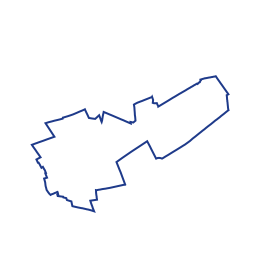 Tezoyuca, México, Mexico, rotated 146°
{"feature_id": "50627088B56189493981612", "entity_name": "Tezoyuca", "entity_type": "district", "adm_level": 2, "iso_a3": "MEX", "parent_name": "Mexico", "parent_adm1": "México", "projection": "albers", "projection_center": [-98.934, 19.594], "detail": "fine", "context": "isolated", "style": "outline", "palette": "blue", "viewbox_px": 256, "rotation_deg": 146, "n_neighbors": 0, "source": "geoboundaries", "source_scale": "gbopen_adm2", "svg_char_len": 4260}
<svg xmlns="http://www.w3.org/2000/svg" viewBox="0 0 256 256"><g transform="rotate(146 128 128)"><path d="M26.3,121.8L26.7,121.9L26.8,122.0L27.0,122.0L27.4,122.2L28.1,122.5L28.4,122.7L28.9,122.9L29.3,123.0L29.7,123.2L29.9,123.3L30.3,123.5L30.8,123.7L31.1,123.8L31.8,124.1L32.0,124.2L32.8,124.6L33.8,125.0L34.5,125.3L35.2,125.6L35.3,125.6L35.6,125.8L36.0,125.9L36.2,126.1L36.6,126.3L36.8,126.3L37.0,126.4L37.7,126.6L38.9,127.0L40.2,127.4L40.8,127.6L40.9,126.8L41.3,126.7L42.4,126.3L42.5,126.1L42.8,125.8L43.0,125.8L43.3,126.0L44.6,125.8L45.7,125.6L45.9,126.2L46.3,126.2L47.0,126.3L48.0,126.3L48.4,126.4L49.7,126.5L51.0,126.5L52.9,126.7L53.7,126.7L53.9,126.7L54.8,126.8L56.3,126.9L57.9,127.0L59.0,127.0L60.1,127.1L61.7,127.2L62.8,127.3L63.0,127.3L64.4,127.4L64.9,127.4L65.6,127.5L67.0,127.6L67.7,127.6L69.0,127.7L69.7,127.7L71.2,127.8L71.5,127.8L74.1,128.0L76.8,128.1L79.4,128.2L90.9,128.8L90.8,129.0L90.3,132.2L90.2,132.5L91.8,133.4L92.2,133.7L92.9,134.3L93.4,135.0L91.5,137.2L91.4,137.6L90.6,140.4L90.8,140.3L94.0,141.0L99.0,142.1L101.9,142.7L102.1,142.8L106.0,143.7L108.5,144.0L110.0,144.1L111.2,141.5L112.6,139.1L113.9,136.8L115.1,134.8L115.8,133.3L117.7,129.9L120.6,129.6L121.7,130.8L122.5,131.6L123.2,130.2L124.8,132.7L126.4,135.2L127.5,137.0L129.0,139.2L130.2,141.1L132.4,144.5L134.4,147.6L136.0,150.0L137.6,152.5L139.2,154.9L140.2,153.9L141.1,153.1L142.0,152.2L142.6,151.6L143.9,150.2L145.3,148.7L146.5,147.7L146.4,148.3L145.1,153.3L144.9,154.3L144.8,154.7L147.4,154.3L150.1,153.9L152.5,156.0L154.8,158.2L154.2,161.8L153.7,165.3L153.6,165.9L153.3,167.6L153.5,167.6L156.3,168.1L159.1,168.7L161.9,169.2L166.0,170.0L168.3,170.6L171.5,171.5L174.7,172.5L175.1,172.6L176.2,173.0L176.9,172.3L179.6,173.2L182.3,174.2L184.9,175.2L187.6,176.1L190.3,177.1L193.7,178.1L193.8,170.0L193.8,169.9L193.8,169.7L193.9,161.9L201.6,163.9L205.3,164.8L210.6,166.2L212.0,166.5L212.6,166.7L214.6,167.2L215.5,167.4L216.6,167.7L217.1,167.8L217.1,164.8L217.0,161.7L217.0,158.7L216.9,155.6L216.9,152.6L217.6,152.7L221.5,153.1L222.1,149.6L221.5,149.3L221.5,148.9L221.6,147.1L221.9,144.7L222.0,143.4L220.3,143.4L220.5,141.0L220.6,140.5L220.5,140.2L220.6,139.2L220.9,138.0L221.2,136.5L221.9,136.7L222.4,134.5L222.9,132.1L225.8,133.0L226.8,130.0L226.9,129.7L227.1,129.2L227.4,128.6L228.4,126.7L228.9,125.6L229.4,124.0L230.1,122.2L230.1,121.9L230.1,120.0L230.1,119.4L230.0,117.8L230.0,117.6L229.6,115.8L229.3,115.8L229.0,115.8L228.2,115.7L227.6,115.5L226.8,115.3L226.2,115.2L225.4,115.1L224.4,114.9L223.5,114.6L222.4,114.6L222.2,114.5L222.3,114.0L222.4,113.7L222.6,113.1L222.8,112.6L222.9,112.3L223.2,111.6L223.9,112.1L224.3,110.9L223.5,110.2L222.5,109.3L220.2,107.3L220.3,106.8L220.4,106.6L219.6,105.7L218.4,104.4L218.7,103.3L218.9,102.5L218.1,101.4L216.0,98.8L216.4,97.8L217.2,95.9L217.8,94.3L216.8,93.2L215.2,91.5L213.9,90.1L211.6,87.8L211.2,87.4L210.6,86.9L209.7,85.9L208.1,84.2L207.7,83.7L207.4,83.4L206.8,82.9L206.5,82.5L206.0,82.0L204.4,80.1L202.7,77.9L202.0,81.1L201.9,81.6L201.8,81.8L201.4,83.2L201.2,84.2L200.9,85.4L200.6,86.5L199.9,88.8L198.0,87.9L193.8,85.9L193.3,86.9L193.0,87.5L192.9,87.8L192.3,88.8L191.8,90.0L190.9,91.7L190.9,91.8L190.6,92.3L190.0,93.2L189.3,94.4L189.0,94.1L188.1,93.7L187.3,93.4L186.2,92.9L185.7,92.6L184.4,92.1L183.0,91.5L180.4,90.2L179.4,89.8L176.5,88.5L162.6,83.0L162.3,82.6L162.0,82.6L159.8,91.7L158.9,95.3L158.3,98.4L156.6,106.2L149.5,106.4L139.1,106.5L137.6,106.5L130.2,106.4L120.0,106.3L119.5,106.3L120.1,100.5L120.5,97.7L121.4,90.3L121.8,86.9L121.3,86.8L120.4,86.6L119.7,86.3L119.1,85.9L118.4,85.4L117.6,84.6L116.9,83.6L115.7,83.5L112.8,83.4L109.7,83.2L106.8,83.1L104.2,83.0L100.2,82.8L95.3,82.6L91.7,82.5L90.4,82.4L86.9,82.5L84.1,82.6L83.9,82.6L80.2,83.1L76.8,83.3L74.7,83.5L72.4,83.7L69.8,83.9L67.7,84.1L65.5,84.2L63.6,84.4L62.8,84.5L62.2,84.5L61.5,84.6L57.9,84.8L57.5,84.8L56.5,84.9L53.2,85.2L52.5,85.3L52.3,85.3L51.3,85.4L49.9,85.4L48.5,85.5L47.3,85.6L46.7,85.6L45.5,85.7L44.0,85.9L40.7,86.1L37.7,86.4L34.7,86.6L34.7,87.0L34.2,87.9L33.7,89.0L33.0,90.2L32.4,91.4L32.2,91.7L31.9,92.3L31.0,93.9L30.8,94.5L30.6,94.8L30.2,95.4L29.9,96.2L28.8,98.1L27.9,99.8L27.8,100.0L25.9,99.8L25.9,100.5L26.0,105.0L26.1,110.1L26.1,110.4L26.1,110.8L26.2,113.4L26.2,115.1L26.3,118.1L26.3,119.9L26.3,121.8Z" fill="none" stroke="#1e3a8a" stroke-width="2"/></g></svg>